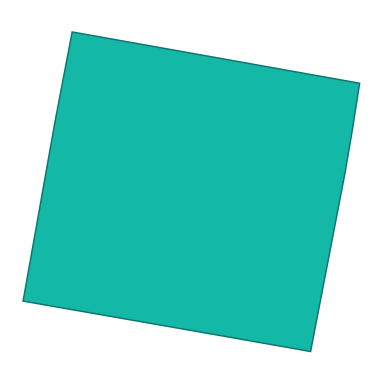 Morgan, Colorado, United States of America (Robinson projection), rotated 10°
{"feature_id": "52423323B36386554823718", "entity_name": "Morgan", "entity_type": "district", "adm_level": 2, "iso_a3": "USA", "parent_name": "United States of America", "parent_adm1": "Colorado", "projection": "robinson", "projection_center": [-103.707, 40.263], "detail": "fine", "context": "isolated", "style": "filled", "palette": "teal", "viewbox_px": 384, "rotation_deg": 10, "n_neighbors": 0, "source": "geoboundaries", "source_scale": "gbopen_adm2", "svg_char_len": 284}
<svg xmlns="http://www.w3.org/2000/svg" viewBox="0 0 384 384"><g transform="rotate(10 192 192)"><path d="M339.1,101.2L338.2,55.8L289.0,55.7L46.2,55.2L44.9,146.2L44.6,328.8L235.9,328.5L336.5,328.5L339.4,146.4L339.1,101.2Z" fill="#14b8a6" stroke="#0f766e" stroke-width="1.5"/></g></svg>